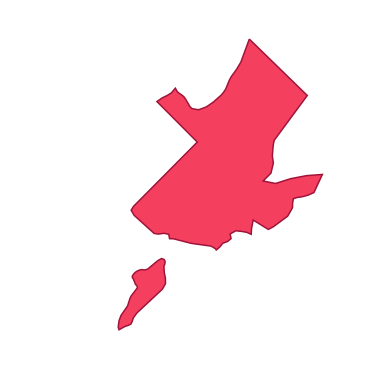 Davao del Norte, Albers equal-area conic projection, rotated 44°
{"feature_id": "PHL-2591", "entity_name": "Davao del Norte", "entity_type": "Province", "adm_level": 1, "iso_a3": "PHL", "parent_name": "Philippines", "parent_adm1": "", "projection": "albers", "projection_center": [125.674, 7.446], "detail": "fine", "context": "isolated", "style": "filled", "palette": "rose", "viewbox_px": 384, "rotation_deg": 44, "n_neighbors": 0, "source": "natural_earth", "source_scale": "10m", "svg_char_len": 1468}
<svg xmlns="http://www.w3.org/2000/svg" viewBox="0 0 384 384"><g transform="rotate(44 192 192)"><path d="M249.7,216.9L248.3,216.5L243.3,217.7L227.1,229.5L211.2,238.5L208.3,241.2L204.7,238.6L200.6,241.1L197.0,245.7L193.5,248.1L166.6,249.0L160.9,247.4L159.9,243.0L161.1,152.4L103.9,151.3L105.2,145.0L107.0,140.1L108.3,135.2L107.9,128.9L111.5,130.0L114.2,129.9L116.8,129.4L119.8,129.1L123.2,129.7L130.8,131.9L133.9,132.1L139.6,128.3L143.2,120.8L144.9,112.3L145.7,101.7L145.4,98.1L144.7,94.5L141.2,85.7L140.1,81.7L138.8,72.6L136.9,64.6L127.0,42.2L126.9,42.2L207.9,42.5L215.2,97.6L217.1,100.7L219.4,103.8L224.9,110.4L230.5,114.7L235.7,123.6L235.5,134.7L246.2,127.8L253.7,113.9L263.0,100.7L273.6,88.8L280.1,107.7L277.7,113.6L274.5,119.0L271.5,122.8L269.6,126.4L272.1,130.1L275.2,133.5L277.6,142.9L274.7,160.3L272.9,165.9L255.5,169.7L260.2,176.9L264.0,181.3L259.3,183.0L254.8,186.1L250.5,189.4L248.6,195.7L252.5,198.4L252.0,202.8L249.7,207.6L250.2,211.3L250.0,214.8L249.7,216.9ZM239.1,327.1L239.8,329.5L238.7,332.4L237.1,335.5L235.2,341.8L232.8,340.5L229.0,335.4L226.7,330.2L224.8,318.7L221.3,311.7L220.4,308.8L219.3,298.9L217.8,297.8L215.5,297.7L210.2,295.3L208.6,295.0L207.5,294.0L206.9,290.8L207.2,287.9L208.3,284.8L209.9,282.5L211.6,281.5L213.6,278.6L215.1,265.0L216.3,261.0L218.8,259.9L220.9,260.6L222.4,262.5L223.4,264.9L227.9,269.1L232.7,272.4L236.6,276.3L238.2,282.4L236.4,317.2L237.2,323.1L239.1,327.1Z" fill="#f43f5e" stroke="#9f1239" stroke-width="1.5"/></g></svg>